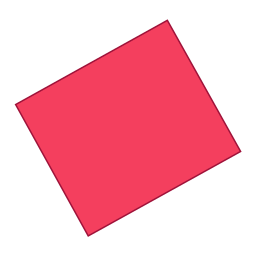 Johnson, Nebraska, United States of America (Albers equal-area conic projection), rotated 331°
{"feature_id": "52423323B53057629068436", "entity_name": "Johnson", "entity_type": "district", "adm_level": 2, "iso_a3": "USA", "parent_name": "United States of America", "parent_adm1": "Nebraska", "projection": "albers", "projection_center": [-96.305, 40.393], "detail": "fine", "context": "isolated", "style": "filled", "palette": "rose", "viewbox_px": 256, "rotation_deg": 331, "n_neighbors": 0, "source": "geoboundaries", "source_scale": "gbopen_adm2", "svg_char_len": 226}
<svg xmlns="http://www.w3.org/2000/svg" viewBox="0 0 256 256"><g transform="rotate(331 128 128)"><path d="M40.9,203.1L215.1,203.1L214.6,52.9L41.1,53.0L40.9,203.1Z" fill="#f43f5e" stroke="#9f1239" stroke-width="1.5"/></g></svg>